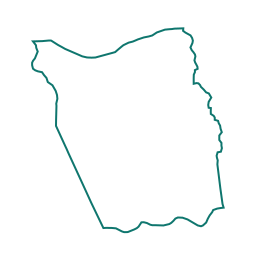 the district of Itaguatins, Tocantins, Brazil, rotated 275°
{"feature_id": "56859067B12932377122476", "entity_name": "Itaguatins", "entity_type": "district", "adm_level": 2, "iso_a3": "BRA", "parent_name": "Brazil", "parent_adm1": "Tocantins", "projection": "mercator", "projection_center": [-47.574, -5.788], "detail": "fine", "context": "isolated", "style": "outline", "palette": "teal", "viewbox_px": 256, "rotation_deg": 275, "n_neighbors": 0, "source": "geoboundaries", "source_scale": "gbopen_adm2", "svg_char_len": 1896}
<svg xmlns="http://www.w3.org/2000/svg" viewBox="0 0 256 256"><g transform="rotate(275 128 128)"><path d="M229.2,156.2L225.7,148.4L222.3,144.1L221.0,140.7L219.6,135.9L217.1,130.1L215.8,127.7L214.5,125.2L213.1,121.2L210.1,116.2L208.5,114.5L205.1,111.1L202.5,108.6L201.8,106.8L195.4,89.4L194.9,85.6L194.7,81.0L195.4,76.1L196.1,74.1L201.3,58.5L203.0,54.8L204.6,51.1L208.4,43.8L208.2,41.3L207.1,35.1L206.0,25.8L202.4,29.1L199.9,29.6L196.3,31.4L189.2,29.2L186.8,27.6L184.7,26.8L182.2,27.0L178.8,28.2L177.4,30.5L176.6,33.3L176.1,37.5L173.4,39.7L170.8,42.4L166.8,44.1L164.0,49.0L158.7,52.7L154.7,54.4L150.9,55.1L148.2,54.7L146.0,54.4L143.8,54.8L129.1,55.7L123.8,56.1L109.9,64.0L103.6,67.6L101.9,68.6L97.5,71.0L65.1,89.5L50.3,97.9L26.2,112.2L26.6,114.8L27.0,120.4L27.0,124.7L24.4,131.1L23.9,133.3L24.3,136.8L27.5,143.1L29.0,145.5L30.6,147.1L35.2,149.6L35.5,151.9L35.0,155.1L33.6,158.6L33.3,160.6L33.6,164.4L34.0,171.8L35.9,177.5L37.3,179.4L39.4,181.3L41.9,183.1L43.2,185.5L43.4,190.1L42.1,195.3L37.0,206.0L36.5,209.3L37.4,211.1L40.6,214.1L44.5,215.4L48.1,217.0L51.5,219.2L53.7,220.0L55.5,223.9L56.3,227.0L57.0,230.2L60.5,228.8L76.2,225.2L99.6,220.2L103.6,220.2L106.1,219.2L108.1,218.7L111.6,219.4L112.5,222.6L116.1,223.3L118.6,222.6L121.3,222.4L124.0,220.0L128.5,219.6L132.0,221.8L135.3,220.3L138.5,219.5L140.6,218.0L143.0,217.1L143.7,213.7L146.0,213.5L147.6,212.3L149.2,209.3L151.6,209.0L155.1,208.8L155.2,206.6L157.9,205.9L161.1,206.1L165.6,208.3L169.5,205.5L170.3,202.7L172.9,200.1L175.4,197.0L177.0,196.1L178.6,194.3L178.7,192.3L177.8,189.6L183.3,189.1L186.9,188.9L189.5,189.8L191.5,189.6L193.0,192.2L195.1,191.8L197.5,190.3L199.1,189.2L201.2,188.3L205.2,188.9L207.1,188.3L209.2,186.6L211.1,184.7L213.7,183.2L218.3,184.8L220.7,185.0L223.3,184.0L225.7,182.2L228.1,176.8L229.6,174.4L232.1,174.4L231.0,165.5L230.4,163.1L230.0,160.5L229.2,156.2Z" fill="none" stroke="#0f766e" stroke-width="2"/></g></svg>